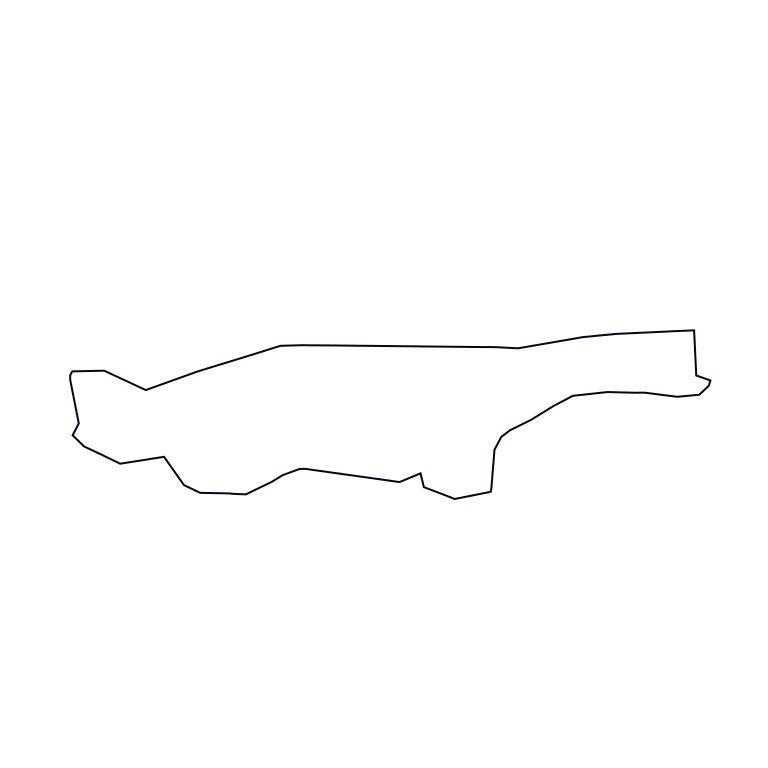 outline of New York, New York, United States of America, rotated 62°
{"feature_id": "52423323B68557587713523", "entity_name": "New York", "entity_type": "district", "adm_level": 2, "iso_a3": "USA", "parent_name": "United States of America", "parent_adm1": "New York", "projection": "mercator", "projection_center": [-73.969, 40.781], "detail": "fine", "context": "isolated", "style": "outline", "palette": "ink", "viewbox_px": 768, "rotation_deg": 62, "n_neighbors": 0, "source": "geoboundaries", "source_scale": "gbopen_adm2", "svg_char_len": 966}
<svg xmlns="http://www.w3.org/2000/svg" viewBox="0 0 768 768"><g transform="rotate(62 384 384)"><path d="M529.3,340.3L526.7,338.3L493.9,317.3L485.8,305.3L484.0,294.5L484.7,270.8L483.0,245.2L483.1,222.8L496.0,190.5L509.6,166.4L513.9,158.1L532.9,131.2L541.5,110.7L538.0,98.0L534.1,94.1L523.1,104.3L482.2,85.0L471.7,107.0L471.6,107.3L448.8,155.4L436.0,186.3L415.4,248.9L404.6,266.9L404.3,267.3L399.9,275.4L397.3,280.3L369.0,332.2L367.0,335.8L359.5,349.6L346.5,373.4L329.5,404.6L327.5,408.2L314.1,433.0L312.0,436.7L310.5,439.7L301.7,457.4L294.7,494.5L288.2,528.1L285.3,543.5L285.2,544.0L284.4,549.8L277.5,597.2L240.9,624.8L226.5,653.3L229.0,657.0L233.0,659.1L275.5,672.0L283.1,683.0L298.4,678.1L313.7,666.6L330.5,654.4L345.0,612.4L379.3,608.1L393.8,597.4L407.9,572.1L410.0,569.0L416.6,557.8L417.7,529.0L416.9,516.1L419.4,498.3L422.0,493.3L477.9,416.3L480.0,393.7L493.8,397.2L510.1,382.9L518.7,375.6L529.3,340.3Z" fill="none" stroke="#020617" stroke-width="2"/></g></svg>